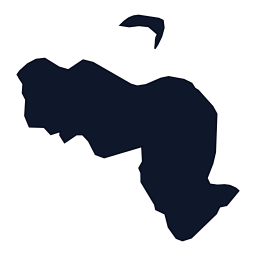 Moyle, Mercator projection
{"feature_id": "GBR-2773", "entity_name": "Moyle", "entity_type": "District", "adm_level": 1, "iso_a3": "GBR", "parent_name": "United Kingdom", "parent_adm1": "", "projection": "mercator", "projection_center": [-6.248, 55.147], "detail": "fine", "context": "isolated", "style": "filled", "palette": "ink", "viewbox_px": 256, "rotation_deg": 0, "n_neighbors": 0, "source": "natural_earth", "source_scale": "10m", "svg_char_len": 1048}
<svg xmlns="http://www.w3.org/2000/svg" viewBox="0 0 256 256"><path d="M17.3,74.6L20.0,70.8L27.6,64.0L36.1,59.5L44.8,58.5L58.9,67.2L68.3,70.0L83.1,60.1L93.0,62.6L131.0,84.4L137.3,86.2L146.0,84.8L160.9,78.4L168.6,76.8L183.9,79.6L191.7,83.4L195.0,88.5L198.2,90.4L212.7,106.6L216.7,113.9L215.3,152.2L212.7,163.4L206.9,178.2L209.9,184.3L217.4,185.3L224.7,184.9L229.9,185.6L235.7,188.2L238.7,190.8L238.0,191.6L226.7,205.3L219.6,206.8L216.3,213.7L191.3,237.8L182.5,240.6L176.3,238.2L168.5,227.3L165.1,213.9L155.8,209.5L154.8,204.6L141.2,182.0L141.1,173.0L139.0,168.1L142.7,161.6L141.9,146.4L104.2,157.6L95.5,154.4L88.7,141.1L82.6,134.6L76.4,134.6L64.6,142.6L60.0,135.3L60.3,131.4L50.8,134.4L44.1,127.2L29.4,126.8L24.9,115.8L25.9,99.7L22.5,93.1L23.1,83.9L19.0,77.6L19.1,77.4L17.3,74.6ZM138.6,15.4L158.8,18.5L163.0,20.5L163.9,27.8L161.5,36.5L157.8,44.2L154.9,48.7L155.5,43.1L155.7,39.8L156.1,37.4L157.6,34.2L148.5,26.4L138.9,25.4L129.2,26.6L120.2,25.2L124.5,21.1L128.8,18.0L133.5,16.1L138.6,15.4Z" fill="#0f172a" stroke="#020617" stroke-width="1.5"/></svg>